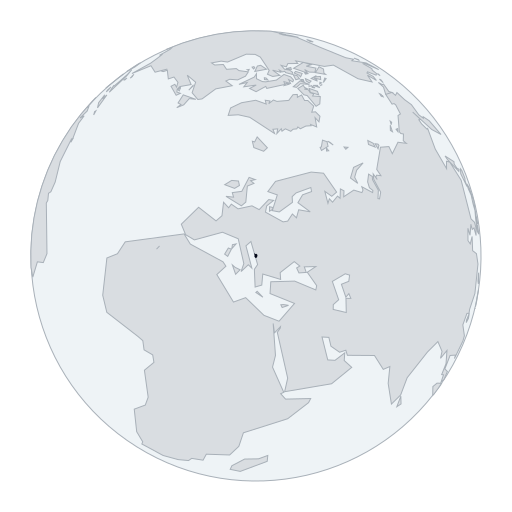 the Earth from above West Herzegovina, rotated 32°
{"feature_id": "BIH-2227", "entity_name": "West Herzegovina", "entity_type": "Canton", "adm_level": 1, "iso_a3": "BIH", "parent_name": "Bosnia and Herzegovina", "parent_adm1": "", "projection": "orthographic", "projection_center": [17.518, 43.363], "detail": "fine", "context": "on_globe", "style": "filled", "palette": "ink", "viewbox_px": 512, "rotation_deg": 32, "n_neighbors": 0, "source": "natural_earth", "source_scale": "10m", "svg_char_len": 10794}
<svg xmlns="http://www.w3.org/2000/svg" viewBox="0 0 512 512"><g transform="rotate(32 256 256)"><circle cx="256" cy="256" r="225" fill="#eef3f6" stroke="#a8b0b8"/><path d="M147.8,58.4L150.0,57.2L164.0,52.4L157.6,55.2L161.7,54.2L169.9,50.9L174.3,49.0L199.4,45.1L227.0,40.3L234.4,37.5L233.8,39.6L247.1,33.9L261.3,32.9L246.0,35.1L245.0,36.2L255.0,35.7L256.1,36.8L261.5,37.4L262.0,39.0L253.0,40.7L253.1,42.0L260.2,41.6L265.1,43.3L254.7,43.6L262.2,46.9L248.6,51.6L220.5,53.1L213.5,59.0L186.3,69.5L189.4,70.6L181.0,76.0L181.5,79.5L176.3,81.0L181.2,82.5L185.9,80.6L189.6,80.8L190.4,82.8L183.8,84.8L182.5,84.1L181.0,85.8L177.4,86.0L179.6,87.1L171.6,89.6L180.5,90.2L175.0,94.9L169.4,95.8L168.8,91.6L154.2,85.0L148.4,85.5L140.8,90.0L129.1,106.6L123.2,109.2L116.0,115.8L119.8,115.9L126.8,110.9L132.1,113.3L140.0,107.5L143.3,107.8L151.9,103.9L151.8,109.1L147.1,116.4L140.0,120.1L137.7,123.6L145.6,124.2L133.3,135.6L127.0,151.4L123.7,154.1L115.3,151.4L112.7,140.6L101.9,139.1L110.1,145.0L101.7,152.6L100.8,156.2L102.0,158.9L105.7,158.1L103.1,162.0L94.0,157.1L96.2,153.4L99.1,154.9L97.8,150.1L91.6,147.7L87.8,152.3L82.4,145.5L79.6,148.8L76.9,149.5L81.7,144.5L73.0,153.6L66.1,150.3L54.1,167.0L64.5,148.2L67.4,141.0L69.8,134.4L67.8,136.9L73.8,125.9L74.5,122.9L70.2,128.6L80.7,114.5L92.3,101.3L104.8,89.0L118.3,77.7L132.7,67.5L147.8,58.4ZM54.4,155.5L55.7,153.2L53.2,159.7L48.6,168.0L54.4,155.5ZM47.1,171.7L42.6,184.6L39.6,193.2L47.1,171.7ZM36.2,206.4L35.6,209.8L33.9,219.8L35.1,218.1L36.0,222.6L33.6,232.3L36.0,228.2L35.2,237.4L38.4,253.5L37.5,254.4L39.9,279.6L46.5,299.7L48.0,310.2L46.8,312.8L50.0,319.2L50.1,322.2L66.2,347.2L77.5,364.8L79.1,374.3L73.7,376.8L77.9,392.2L71.2,384.9L62.3,370.9L54.3,356.4L47.5,341.3L41.8,325.8L37.3,309.9L33.9,293.7L31.7,277.2L30.8,260.7L31.0,244.2L32.5,227.7L34.2,217.1L35.1,211.7L35.0,212.3L36.2,206.4ZM50.9,171.6L44.8,194.9L45.0,187.0L45.5,187.2L47.8,180.1L50.8,169.9L51.9,163.9L50.9,171.6ZM55.4,169.8L56.2,166.6L55.9,169.1L55.4,169.8ZM176.1,48.1L169.9,50.8L162.1,53.6L167.1,51.2L176.1,48.1ZM191.1,44.1L188.5,45.4L184.2,45.6L187.0,44.8L191.1,44.1ZM239.5,35.5L234.3,36.2L239.0,35.2L239.5,35.5ZM262.2,37.2L263.3,36.8L265.7,37.3L262.2,37.2ZM151.3,101.4L151.5,102.6L149.8,102.7L151.3,101.4ZM154.8,98.7L152.6,97.9L153.9,96.5L155.2,97.0L154.8,98.7ZM268.6,40.4L272.0,41.6L266.9,40.6L268.6,40.4ZM157.2,100.1L156.5,94.2L158.9,91.8L166.0,92.0L157.2,100.1ZM273.0,42.6L281.5,46.1L284.7,45.2L280.3,50.2L274.6,45.2L267.8,44.0L272.3,43.7L273.0,42.6ZM187.1,79.1L182.1,81.3L185.6,77.7L187.1,79.1ZM188.4,76.9L193.6,66.6L201.3,64.7L198.0,68.4L207.3,64.9L208.5,69.0L203.6,71.9L198.4,72.1L202.8,73.6L188.4,76.9ZM276.6,52.6L277.3,53.9L274.8,52.9L276.6,52.6ZM191.4,80.6L191.7,78.5L198.4,76.7L198.9,80.5L196.6,79.9L191.4,80.6ZM209.2,62.1L214.2,61.7L216.6,64.8L218.8,65.1L209.2,69.0L209.2,62.1ZM195.4,81.3L198.9,82.6L196.4,85.4L191.4,82.5L195.4,81.3ZM199.9,74.7L203.1,74.1L201.5,75.6L199.9,74.7ZM189.6,96.5L189.9,93.7L193.4,92.5L189.6,96.5ZM200.4,82.9L201.2,82.0L202.6,81.3L204.4,82.7L200.4,82.9ZM211.5,71.1L211.4,72.6L215.5,69.6L217.4,72.1L210.6,74.3L214.4,74.4L215.0,75.2L208.7,76.2L211.5,71.1ZM210.4,82.2L202.4,86.3L201.0,91.5L197.9,92.7L200.6,84.1L210.4,82.2ZM210.0,78.5L209.5,81.0L205.8,81.0L203.9,79.4L210.0,78.5ZM221.2,73.1L220.0,68.7L221.5,68.4L221.2,73.1ZM210.7,83.7L212.6,82.7L211.0,84.0L210.7,83.7ZM218.8,76.3L218.1,74.7L219.9,74.4L218.8,76.3ZM217.0,82.1L214.4,83.4L213.0,82.2L217.0,82.1ZM218.4,79.4L220.9,79.4L214.0,81.0L217.8,78.7L218.4,79.4ZM220.5,76.3L221.4,75.6L220.5,77.0L220.5,76.3ZM223.8,86.1L215.4,88.4L212.3,85.7L220.9,83.8L223.8,86.1ZM146.8,370.5L130.6,336.7L137.3,327.5L137.6,313.3L183.3,275.4L194.0,280.7L231.1,278.4L235.9,280.6L232.6,292.5L261.3,307.0L269.3,296.8L294.2,302.1L310.1,299.1L313.8,275.8L287.8,280.4L282.2,270.0L302.1,256.8L324.7,253.1L323.2,249.0L308.1,242.6L312.3,233.3L302.7,239.6L307.3,243.3L301.4,247.6L296.8,244.6L298.5,241.3L291.4,240.5L285.3,257.3L289.3,262.8L271.3,267.7L276.3,277.6L271.7,282.8L261.7,268.2L261.9,262.4L244.0,246.4L242.1,252.7L258.9,268.5L254.1,267.5L251.6,277.1L249.7,268.9L231.8,250.8L215.0,253.6L195.2,275.0L185.0,275.2L175.8,268.6L181.5,245.1L203.5,247.4L205.8,239.9L200.0,227.6L207.2,229.6L207.6,225.1L215.8,225.5L226.0,215.6L234.1,215.0L236.9,201.4L241.5,199.5L238.5,207.9L240.8,213.8L260.9,212.7L264.4,209.6L264.6,201.1L270.1,202.2L267.7,194.2L278.6,189.8L263.3,188.6L263.1,179.4L269.0,171.9L266.2,168.9L256.6,181.2L255.2,186.5L258.5,191.2L252.4,206.3L245.8,208.9L241.7,192.9L231.9,195.1L233.0,182.4L258.3,155.6L269.4,150.0L290.5,159.1L288.6,165.2L280.1,164.7L289.1,173.2L287.9,168.6L292.4,169.8L293.4,162.0L296.7,162.5L292.0,154.4L296.1,154.1L299.0,159.3L304.0,148.3L312.2,146.1L311.8,143.4L309.0,141.2L321.3,140.4L320.4,138.5L316.0,138.0L311.4,134.0L308.1,126.9L312.5,126.9L314.3,129.5L324.9,135.4L329.0,142.7L330.5,142.1L327.9,135.8L315.1,128.5L311.9,124.3L318.3,126.9L315.7,125.6L315.5,123.5L319.4,121.7L312.5,118.6L303.9,97.8L310.7,92.8L317.4,97.0L316.1,84.3L323.8,80.8L319.8,80.2L316.4,74.4L313.9,75.4L311.7,74.7L302.0,61.6L303.2,59.0L294.4,53.8L292.3,53.6L290.9,55.1L280.3,50.2L284.7,45.2L289.2,45.8L288.9,42.7L299.2,44.7L307.6,45.3L319.2,50.0L324.9,50.5L324.0,49.3L331.1,49.5L348.5,54.9L338.0,55.6L312.6,50.9L323.3,53.0L321.9,54.2L326.4,56.2L333.8,57.8L334.0,56.9L351.3,70.3L371.3,80.9L367.3,74.7L370.6,73.7L389.8,83.0L418.7,110.6L423.4,111.6L427.4,115.3L431.8,122.0L426.0,116.7L425.3,118.9L421.4,115.2L426.5,125.0L421.0,120.2L427.6,130.6L431.3,132.2L428.9,124.9L436.9,136.7L441.7,137.2L448.5,145.2L461.5,171.8L465.4,188.0L467.0,191.7L465.3,192.9L467.9,204.8L475.0,213.2L476.5,218.4L478.6,237.8L477.7,234.3L473.3,237.5L476.0,251.7L479.5,252.5L480.9,261.2L479.7,264.6L478.0,257.4L476.3,258.2L474.2,246.6L468.0,234.9L466.7,245.0L464.3,238.3L455.6,232.2L452.3,246.5L448.7,279.1L452.3,297.2L449.3,309.8L435.6,294.0L428.1,278.8L424.0,284.7L409.2,277.6L386.1,291.8L382.1,288.3L377.9,293.3L367.4,292.8L360.9,286.4L354.9,289.7L371.9,306.1L378.3,302.6L382.6,291.1L386.2,297.9L396.2,299.7L387.8,324.3L352.2,355.9L347.6,342.8L314.5,309.4L314.8,304.3L314.6,303.8L314.2,302.9L312.4,311.4L306.3,304.1L325.2,330.0L328.9,341.5L351.8,356.9L349.9,359.7L356.9,361.7L377.9,347.9L378.3,352.5L369.1,377.2L339.0,412.6L342.3,426.5L339.1,438.7L318.9,450.4L319.3,457.2L308.7,461.7L307.2,465.2L297.9,469.9L282.9,474.4L258.8,475.9L258.4,473.6L247.9,468.2L233.9,450.4L241.1,441.1L239.4,432.9L221.9,412.0L225.8,400.3L220.8,394.6L210.8,394.9L204.9,387.8L198.7,386.8L159.3,382.8L146.8,370.5ZM168.9,298.6L168.0,302.9L168.9,298.6ZM349.8,260.4L362.5,256.1L354.7,244.2L358.9,241.7L354.7,238.7L354.0,243.3L343.4,234.7L348.1,228.3L345.5,222.6L341.1,223.8L334.2,237.1L349.3,249.3L347.3,256.3L349.8,260.4ZM38.6,253.9L38.7,257.7L37.9,255.1L38.6,253.9ZM43.4,189.5L42.9,193.0L42.1,196.2L42.1,194.1L43.4,189.5ZM43.3,217.7L43.6,222.4L42.6,219.1L43.3,217.7ZM44.2,198.4L43.1,214.4L41.3,209.3L42.3,199.4L42.6,204.0L44.2,198.4ZM52.2,173.4L51.5,176.1L50.6,177.1L52.2,173.4ZM55.2,171.8L55.2,171.1L56.2,168.8L55.2,171.8ZM102.3,152.9L102.9,153.4L103.4,156.7L101.6,156.2L102.3,152.9ZM114.6,166.1L110.2,172.2L112.1,167.3L108.8,167.5L108.9,157.9L122.0,155.0L116.0,157.9L114.6,166.1ZM112.6,145.0L111.1,151.0L112.2,144.6L112.6,145.0ZM201.4,201.7L204.6,205.0L202.0,210.0L191.7,212.1L195.3,204.8L201.4,201.7ZM209.7,208.7L208.5,193.0L214.9,191.6L211.5,195.0L215.8,195.5L211.6,201.3L218.8,215.7L217.0,221.2L198.9,221.3L205.8,218.0L202.3,214.8L209.7,208.7ZM194.4,160.0L193.9,154.4L208.3,158.2L207.0,163.1L196.7,165.2L192.1,160.6L194.4,160.0ZM169.7,101.9L168.6,100.4L170.4,99.7L172.8,100.4L169.7,101.9ZM189.5,95.3L176.3,108.2L174.4,107.0L169.0,116.6L161.8,117.3L165.6,110.9L156.0,119.0L156.6,113.5L150.6,119.5L159.7,105.2L159.8,101.1L162.4,105.4L169.0,104.7L171.9,103.2L180.1,96.0L183.5,87.2L190.5,85.7L194.6,86.9L194.9,88.8L190.2,89.1L193.9,91.4L187.3,93.3L189.5,95.3ZM238.3,108.9L232.8,107.4L239.1,114.4L232.6,115.5L233.7,116.3L229.4,119.4L226.2,124.6L223.1,124.4L223.2,126.6L220.3,128.8L219.4,131.8L213.5,132.6L211.9,136.4L210.0,134.7L208.8,141.1L207.0,136.7L203.2,139.6L206.9,142.3L177.2,141.7L166.2,145.6L157.9,151.5L156.0,143.9L162.5,133.7L173.2,124.1L184.1,121.7L181.3,119.0L185.7,117.1L186.1,120.1L188.1,114.5L191.8,113.8L201.3,106.7L201.9,99.6L205.4,97.1L207.0,99.5L209.3,95.3L214.8,98.4L217.5,96.7L225.5,98.3L227.1,104.5L230.0,102.2L236.2,103.6L238.3,108.9ZM226.0,86.7L229.5,93.2L227.6,97.2L214.4,92.8L211.2,93.9L202.7,91.8L205.6,86.2L207.8,87.3L210.6,87.0L208.5,88.9L212.2,87.3L215.4,88.8L219.1,88.0L219.2,90.3L226.0,86.7ZM240.7,276.1L244.3,276.7L249.8,276.1L248.4,282.3L240.7,276.1ZM228.3,263.9L231.5,263.2L232.2,271.3L228.4,271.0L228.3,263.9ZM232.7,256.3L231.6,262.6L230.0,258.9L232.7,256.3ZM241.4,207.0L244.7,205.9L245.3,207.9L243.7,210.9L241.4,207.0ZM255.6,131.8L252.8,129.9L253.6,128.8L251.0,122.5L255.6,121.4L259.0,124.8L255.6,131.8ZM309.7,280.6L305.5,285.8L302.9,284.2L304.9,282.7L309.7,280.6ZM275.7,285.3L283.7,287.3L275.2,287.0L275.7,285.3ZM260.2,129.6L258.6,127.1L261.9,128.2L260.2,129.6ZM258.9,120.4L262.7,121.0L255.9,120.6L258.9,120.4ZM374.3,424.2L356.8,447.0L347.2,450.6L346.7,446.6L354.0,434.2L365.6,426.7L371.7,418.9L374.3,424.2ZM480.1,279.0L479.7,280.5L475.2,273.0L476.9,267.9L480.8,265.6L480.7,269.0L480.9,268.7L480.1,279.0ZM453.1,298.1L457.4,304.6L455.3,309.2L453.1,298.1ZM469.7,184.6L469.4,183.9L469.7,184.6ZM469.2,196.3L469.6,201.1L468.5,198.9L467.2,191.5L469.2,196.3ZM453.6,152.2L457.8,158.9L459.4,161.9L457.5,159.6L453.6,152.2ZM297.5,120.3L295.9,129.9L297.9,136.9L303.8,140.5L294.8,139.8L291.8,129.1L297.5,120.3ZM302.7,100.4L297.5,97.7L300.1,96.5L301.6,97.0L302.7,100.4ZM299.3,100.5L292.3,101.8L289.6,98.8L295.6,98.3L299.3,100.5ZM276.4,115.1L275.6,117.9L272.9,116.9L276.4,115.1ZM468.9,182.3L469.0,182.7L464.0,170.5L462.6,166.8L467.0,177.2L468.9,182.3ZM427.1,111.5L424.6,109.3L421.9,105.7L424.4,108.2L427.1,111.5ZM411.0,93.3L420.4,104.1L427.5,113.5L427.7,112.8L433.5,119.4L430.7,117.9L422.2,107.6L417.6,101.4L412.4,96.7L406.3,90.4L400.6,86.6L396.4,83.1L400.1,84.8L411.0,93.3ZM398.2,85.3L386.1,77.8L383.2,73.7L385.2,74.4L392.0,79.4L393.2,81.2L398.2,85.3ZM382.3,74.9L383.2,76.8L367.4,72.8L363.3,71.0L373.9,71.1L375.3,73.0L379.7,75.0L382.3,74.9ZM279.5,53.6L277.5,53.9L278.3,52.9L279.5,53.6ZM310.5,75.4L307.6,74.3L308.6,72.9L310.5,75.4ZM300.2,70.7L301.1,73.0L298.3,70.5L300.2,70.7ZM303.4,78.3L300.5,73.9L305.9,78.3L303.4,78.3Z" fill="#d9dde1" stroke="#a8b0b8" stroke-width="1"/><path d="M255.8,256.8L255.7,256.8L255.7,256.7L255.5,256.4L255.3,256.2L255.3,255.7L255.2,255.5L254.9,255.5L254.8,255.4L254.7,255.3L254.8,255.3L255.0,255.3L255.1,255.2L255.3,255.3L255.5,255.3L255.5,255.2L255.8,255.2L256.0,255.0L256.0,254.9L256.2,255.0L256.2,255.3L256.3,255.5L256.5,255.8L256.6,256.0L256.7,256.3L256.4,256.3L256.2,256.2L256.2,256.3L256.2,256.5L256.3,256.5L256.4,256.8L256.3,257.0L256.2,257.1L255.8,256.8Z" fill="#0f172a" stroke="#020617" stroke-width="1.5"/></g></svg>